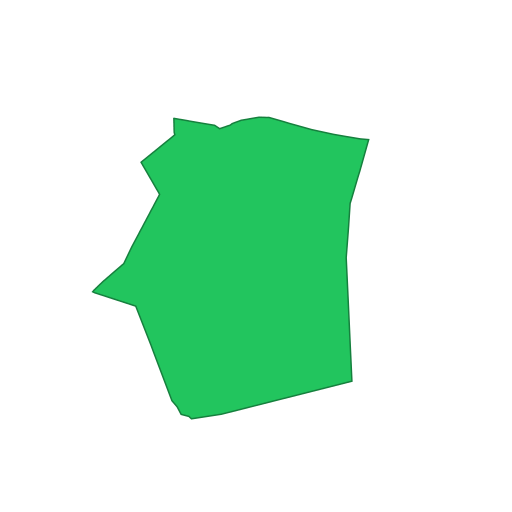 the district of Kebkabiya, North Darfur, Sudan, rotated 138°
{"feature_id": "16777658B23897511285986", "entity_name": "Kebkabiya", "entity_type": "district", "adm_level": 2, "iso_a3": "SDN", "parent_name": "Sudan", "parent_adm1": "North Darfur", "projection": "robinson", "projection_center": [24.187, 13.614], "detail": "fine", "context": "isolated", "style": "filled", "palette": "green", "viewbox_px": 512, "rotation_deg": 138, "n_neighbors": 0, "source": "geoboundaries", "source_scale": "gbopen_adm2", "svg_char_len": 2965}
<svg xmlns="http://www.w3.org/2000/svg" viewBox="0 0 512 512"><g transform="rotate(138 256 256)"><path d="M412.9,178.2L387.6,161.6L268.5,98.8L244.0,128.7L216.9,161.7L190.1,194.4L179.8,204.2L166.9,216.5L165.9,217.5L162.4,220.9L150.9,232.1L149.2,233.1L147.0,234.4L128.0,246.1L122.3,249.5L120.2,250.8L119.8,251.1L118.0,252.2L105.5,260.1L94.4,267.1L100.2,273.3L108.0,283.1L108.5,283.7L116.9,294.4L130.1,312.7L135.4,321.1L136.0,322.0L138.0,325.2L142.4,332.1L145.9,337.9L147.6,340.6L153.6,350.2L153.7,350.3L153.9,350.5L154.0,350.6L154.3,350.9L154.6,351.1L155.8,352.2L157.2,353.6L160.4,356.6L160.9,357.1L163.4,358.7L167.5,361.3L168.6,362.0L171.4,363.7L172.6,364.5L175.0,366.0L175.7,366.5L176.1,366.7L176.3,366.8L176.9,367.1L177.1,367.1L182.7,369.4L183.0,369.5L183.5,369.7L184.3,370.0L184.9,370.2L185.0,370.3L185.4,370.3L185.6,370.4L186.0,370.4L186.5,370.4L187.4,370.5L187.6,370.5L187.9,370.6L188.0,370.7L188.3,370.8L188.5,370.9L188.8,371.0L189.5,371.4L190.0,371.6L190.5,371.8L190.8,371.9L190.9,372.0L191.1,372.0L191.7,372.3L192.9,372.8L193.2,372.9L194.7,373.6L195.7,374.0L197.6,374.9L197.8,374.9L199.3,380.8L207.6,391.2L215.5,401.2L216.2,402.2L220.6,407.8L221.4,408.7L223.0,410.8L223.8,411.8L224.2,412.3L224.3,412.5L224.5,412.7L224.6,412.8L224.7,413.0L224.9,413.2L225.0,413.2L225.2,412.9L225.5,412.6L225.7,412.3L225.8,412.2L226.1,411.9L226.3,411.6L226.6,411.3L226.7,411.2L226.8,411.0L226.9,410.9L227.0,410.8L227.5,410.3L227.6,410.1L227.9,409.8L228.1,409.5L229.7,407.7L230.0,407.4L230.3,407.0L230.4,406.9L230.8,406.4L231.0,406.1L231.3,405.8L231.8,405.3L231.9,405.1L232.0,405.0L232.4,404.6L232.7,404.2L233.9,402.8L234.0,402.6L234.2,402.4L235.2,400.4L238.3,400.5L240.2,400.6L242.7,400.7L245.4,400.9L253.6,401.3L259.9,401.6L262.5,401.7L262.8,401.8L263.5,401.8L275.4,402.4L276.5,402.5L277.7,402.5L278.0,402.5L278.3,402.6L278.7,402.5L278.8,402.0L278.9,401.5L279.0,400.8L279.1,400.5L279.5,398.7L280.5,393.9L282.5,384.5L282.7,383.4L285.2,371.8L285.3,371.1L285.8,368.7L286.2,367.1L286.3,366.6L286.4,366.3L286.5,366.2L287.2,366.0L287.5,365.9L288.9,365.3L289.6,365.1L297.8,362.1L298.3,361.9L298.5,361.8L299.3,361.5L304.2,359.8L307.0,358.7L309.8,357.7L313.4,356.4L314.3,356.0L315.9,355.5L319.9,354.0L320.5,353.8L320.9,353.6L321.7,353.3L322.5,353.1L322.9,352.9L324.4,352.4L324.6,352.3L325.8,351.9L326.3,351.7L327.1,351.4L328.3,350.9L330.6,350.1L342.2,345.9L359.4,338.8L360.1,338.8L361.4,338.9L363.5,338.9L370.8,339.1L375.5,339.2L378.2,339.2L379.8,339.2L380.1,339.3L384.3,339.3L385.1,339.4L385.9,339.4L386.2,339.4L386.7,339.4L387.3,339.4L389.3,339.3L389.6,339.3L390.0,339.3L391.0,339.3L391.6,339.3L392.3,339.2L392.5,339.2L394.2,339.2L394.5,339.1L395.3,339.1L395.6,339.1L396.0,339.1L396.7,339.1L396.8,339.1L397.4,339.0L398.7,339.0L399.0,339.0L399.3,339.0L399.5,339.0L399.7,338.9L401.3,338.7L400.4,336.5L378.9,299.2L391.5,265.8L393.6,260.2L396.7,252.4L415.1,205.2L415.3,204.7L415.5,196.7L417.6,188.4L413.2,181.7L412.9,178.2Z" fill="#22c55e" stroke="#15803d" stroke-width="1.5"/></g></svg>